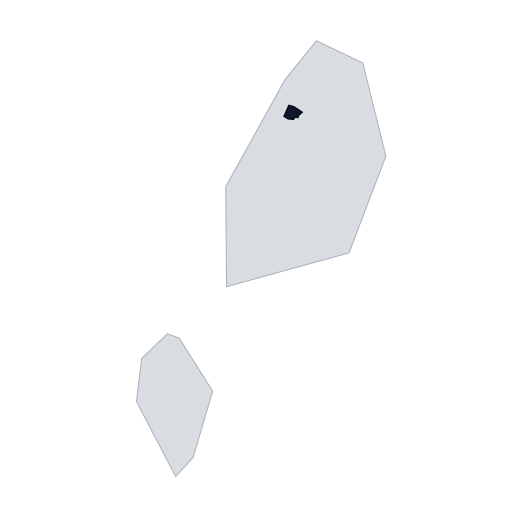 Malta, with Floriana highlighted, rotated 255°
{"feature_id": "MLT-5954", "entity_name": "Floriana", "entity_type": "state/province", "adm_level": 1, "iso_a3": "MLT", "parent_name": "Malta", "parent_adm1": "", "projection": "robinson", "projection_center": [14.501, 35.887], "detail": "fine", "context": "in_parent", "style": "filled", "palette": "ink", "viewbox_px": 512, "rotation_deg": 255, "n_neighbors": 0, "source": "natural_earth", "source_scale": "10m", "svg_char_len": 556}
<svg xmlns="http://www.w3.org/2000/svg" viewBox="0 0 512 512"><g transform="rotate(255 256 256)"><path d="M448.2,370.1L414.8,409.1L318.8,407.3L235.0,346.7L234.0,219.6L330.7,244.7L419.1,329.9L448.2,370.1ZM196.4,160.6L136.7,179.1L77.6,143.1L63.8,121.3L146.4,102.9L186.7,119.1L203.8,150.3L196.4,160.6Z" fill="#d9dde1" stroke="#a8b0b8" stroke-width="1"/><path d="M380.2,322.5L383.7,319.3L392.9,326.7L390.5,331.0L386.7,334.5L382.9,337.7L380.8,333.5L378.8,332.2L380.3,330.2L378.4,327.5L380.2,322.5Z" fill="#0f172a" stroke="#020617" stroke-width="1.5"/></g></svg>